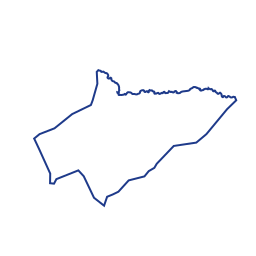 outline of Xangal, Bulgan, Mongolia, rotated 40°
{"feature_id": "93677404B82174237712715", "entity_name": "Xangal", "entity_type": "district", "adm_level": 2, "iso_a3": "MNG", "parent_name": "Mongolia", "parent_adm1": "Bulgan", "projection": "mercator", "projection_center": [104.393, 49.375], "detail": "fine", "context": "isolated", "style": "outline", "palette": "blue", "viewbox_px": 256, "rotation_deg": 40, "n_neighbors": 0, "source": "geoboundaries", "source_scale": "gbopen_adm2", "svg_char_len": 5390}
<svg xmlns="http://www.w3.org/2000/svg" viewBox="0 0 256 256"><g transform="rotate(40 128 128)"><path d="M189.9,35.6L189.6,35.9L189.4,36.0L189.0,36.1L188.8,36.2L188.5,36.5L188.3,37.1L188.1,37.6L187.7,38.0L187.3,38.4L186.6,38.6L185.9,38.6L185.5,38.6L185.2,38.7L184.8,38.9L184.3,39.0L184.2,39.1L184.2,39.3L184.2,39.6L184.2,40.0L184.2,40.6L184.1,40.9L183.8,41.3L183.4,41.5L183.0,41.5L182.4,41.4L181.9,41.4L181.5,41.5L181.3,41.6L181.0,41.8L180.8,42.0L180.7,42.3L180.7,42.5L180.8,42.8L180.9,43.0L180.9,43.3L180.7,43.5L180.4,43.6L180.0,43.5L179.5,43.4L179.0,43.1L178.5,42.5L177.7,42.0L176.9,41.8L176.2,41.8L175.8,41.8L175.7,42.0L175.6,42.3L175.6,42.7L175.4,43.2L175.2,43.8L174.9,44.0L174.4,44.1L174.0,44.0L173.6,43.9L173.3,43.9L172.8,44.0L172.0,44.0L171.5,43.8L171.3,43.7L171.0,43.5L170.8,43.5L170.5,43.5L170.1,43.9L170.0,44.1L170.0,44.3L170.1,44.7L169.9,44.9L169.6,45.0L169.3,45.0L168.9,44.8L168.5,44.7L167.9,44.5L167.3,44.4L166.9,44.5L166.7,44.7L166.6,45.0L166.4,45.2L166.2,45.4L165.9,45.5L165.0,45.6L164.9,45.7L164.9,45.9L164.8,46.0L164.6,46.1L164.2,46.0L164.4,46.4L164.4,46.7L164.4,46.9L164.3,47.0L164.1,47.1L163.9,47.2L163.7,47.1L163.4,47.2L163.2,47.4L162.6,47.7L162.1,48.2L161.8,48.6L161.8,48.8L161.8,49.0L161.7,49.2L161.4,49.4L161.3,49.5L161.2,50.1L161.2,50.6L161.0,50.9L160.7,51.2L160.5,51.4L160.3,51.8L160.1,52.2L159.8,52.5L159.5,52.6L159.1,52.7L158.8,52.6L158.4,52.5L158.2,52.5L158.2,52.3L158.2,52.1L158.2,51.8L158.0,51.7L157.8,51.7L157.6,51.7L156.9,52.2L156.6,52.3L156.0,52.5L155.6,52.6L155.3,52.6L155.2,52.7L155.0,52.9L155.0,53.0L154.7,53.1L154.3,53.2L153.9,53.1L153.6,53.2L153.3,53.4L152.3,54.1L151.9,54.5L151.8,54.8L151.8,55.0L151.6,55.5L151.6,55.9L151.5,56.1L151.4,56.3L151.3,56.7L150.8,57.6L150.7,58.0L150.6,58.4L150.7,58.8L150.8,59.4L150.6,59.9L150.4,60.4L149.9,61.1L148.5,62.6L147.6,63.6L146.7,64.5L146.2,65.2L145.8,65.7L145.5,66.4L145.4,66.7L145.4,67.1L145.3,67.5L145.2,67.9L144.8,68.4L144.2,69.0L143.8,69.3L143.5,69.5L143.3,69.6L143.1,69.6L142.8,69.7L142.7,69.4L142.4,69.1L142.2,69.1L141.8,69.2L141.6,69.1L141.3,69.0L141.0,68.9L140.9,68.9L140.6,69.2L140.1,70.1L140.2,70.5L140.2,70.9L140.1,71.3L139.8,71.7L139.4,71.9L139.0,72.0L138.7,72.1L138.3,72.1L138.2,72.3L137.9,72.7L137.7,72.9L137.5,73.0L137.3,73.0L137.0,73.1L135.8,73.5L135.7,73.5L135.7,73.8L135.8,74.0L136.0,74.7L136.0,75.1L136.0,75.4L135.9,75.6L135.5,76.0L135.2,76.3L134.3,77.2L134.1,77.3L133.9,77.3L133.6,77.2L133.1,77.0L132.9,76.9L132.6,76.9L132.5,77.0L132.3,77.2L132.2,77.4L132.1,77.6L132.2,78.5L132.2,78.8L132.1,79.1L131.9,79.2L131.7,79.3L131.3,79.4L131.2,79.5L131.0,80.0L131.0,80.3L130.9,80.5L130.7,80.9L130.6,81.2L130.3,81.6L129.7,81.8L129.4,81.8L129.1,81.8L128.9,81.7L128.7,81.6L128.4,81.8L127.9,82.5L127.6,83.3L127.3,83.7L127.0,83.8L126.8,84.1L126.6,84.4L126.3,84.6L126.0,84.5L125.8,84.4L125.6,84.3L125.5,84.1L125.4,84.0L125.3,83.7L125.1,83.5L124.6,83.4L124.3,83.4L124.1,83.5L123.8,83.8L123.5,83.9L123.1,84.0L122.9,84.0L122.4,83.8L122.2,83.8L121.9,84.0L121.7,84.2L121.4,84.6L121.2,84.8L120.9,84.9L120.6,85.0L120.2,85.0L120.1,85.3L120.1,85.8L120.0,86.3L120.1,86.5L120.5,86.7L120.7,86.9L120.8,87.1L120.7,87.4L120.6,87.6L120.2,87.7L119.8,87.7L119.5,87.6L119.2,87.5L118.9,87.6L118.7,87.8L118.5,88.2L118.3,88.6L118.2,88.8L118.2,89.0L118.1,89.3L117.9,89.5L117.5,89.6L117.2,89.6L116.9,89.5L116.3,89.1L116.0,89.1L115.8,89.1L115.6,89.1L115.4,89.2L115.1,89.5L114.5,90.1L113.8,91.5L113.8,91.8L113.8,92.0L114.0,92.6L114.2,92.8L114.4,93.2L114.5,93.6L114.5,94.0L114.4,94.2L114.3,94.6L113.9,95.1L113.6,95.6L113.4,96.2L113.0,96.7L112.6,97.0L112.0,97.4L111.5,97.6L111.2,97.7L110.8,98.0L110.5,98.3L110.0,98.7L109.7,99.0L109.3,99.1L108.9,99.1L108.6,99.1L108.3,99.0L107.8,99.0L107.5,99.1L107.0,99.2L106.7,99.4L105.8,100.0L105.1,100.5L104.9,100.8L104.8,101.1L104.7,101.5L104.8,102.1L104.8,102.4L104.8,102.8L104.7,103.1L104.8,103.3L104.9,103.5L104.8,103.9L104.4,104.0L104.0,103.9L103.8,103.9L103.6,104.0L103.4,104.8L103.4,105.0L103.1,105.4L102.5,106.1L101.7,107.0L101.1,107.4L99.9,108.5L99.6,108.6L99.3,108.4L99.1,108.2L98.4,107.9L98.0,107.8L97.6,107.8L97.2,107.8L97.0,107.6L96.9,107.5L97.2,107.4L97.5,107.3L98.1,107.4L98.4,107.5L98.5,107.5L98.6,107.4L98.5,107.1L98.4,106.9L98.0,106.6L97.6,106.1L97.4,105.7L97.2,105.2L97.2,104.8L97.0,104.6L96.5,104.2L96.2,104.0L95.1,102.6L94.7,102.3L94.2,101.9L93.8,101.7L92.6,101.1L92.2,101.0L91.9,101.0L91.6,101.1L91.2,101.0L90.6,100.8L90.4,100.8L90.1,101.0L89.8,101.2L89.3,101.5L88.8,101.5L87.9,101.3L87.6,101.3L87.3,101.4L86.4,101.8L85.8,102.0L85.2,101.9L84.7,101.8L84.2,101.6L83.9,101.4L83.7,101.1L83.5,100.9L83.2,100.6L82.5,100.6L82.4,100.7L82.2,100.8L82.1,101.0L82.0,101.9L81.8,102.2L81.5,102.5L81.1,102.7L80.7,102.7L80.2,102.7L79.9,102.5L79.7,102.3L79.6,102.0L79.5,101.0L79.3,100.7L79.1,100.5L78.8,100.3L78.6,100.1L78.1,100.0L77.7,99.8L77.5,99.7L77.0,99.7L76.4,99.7L76.2,99.8L75.9,100.0L75.4,100.4L74.9,100.5L73.5,100.6L73.0,100.6L72.8,100.8L72.5,101.1L72.0,101.7L71.7,102.0L71.4,102.1L71.2,102.1L71.0,101.9L70.6,101.8L70.3,101.8L70.0,102.0L69.6,102.1L68.6,102.7L68.1,102.8L68.0,105.1L76.1,113.8L83.1,129.4L84.8,134.2L76.3,153.2L71.9,175.5L64.2,189.5L62.9,196.4L73.3,201.2L97.7,212.9L103.8,220.4L107.1,218.2L106.0,213.2L117.2,192.4L125.1,193.4L146.8,203.3L159.6,202.9L156.2,194.1L159.0,188.8L161.6,183.0L162.2,167.7L171.7,154.5L171.6,147.7L173.8,141.6L173.0,136.9L174.6,112.3L189.7,95.3L192.0,82.3L191.8,49.8L193.1,37.2L189.9,35.6Z" fill="none" stroke="#1e3a8a" stroke-width="2"/></g></svg>